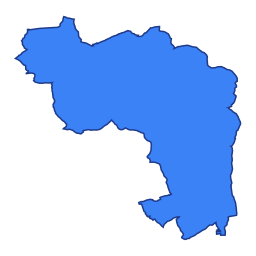 Varbilau, Prahova, Romania
{"feature_id": "2599482B35718345060420", "entity_name": "Varbilau", "entity_type": "district", "adm_level": 2, "iso_a3": "ROU", "parent_name": "Romania", "parent_adm1": "Prahova", "projection": "robinson", "projection_center": [25.962, 45.161], "detail": "fine", "context": "isolated", "style": "filled", "palette": "blue", "viewbox_px": 256, "rotation_deg": 0, "n_neighbors": 0, "source": "geoboundaries", "source_scale": "gbopen_adm2", "svg_char_len": 5772}
<svg xmlns="http://www.w3.org/2000/svg" viewBox="0 0 256 256"><path d="M236.5,215.3L236.8,213.2L236.6,212.4L236.3,208.6L235.5,202.7L233.9,198.4L233.7,197.1L232.8,196.0L232.2,194.9L231.1,187.1L230.8,186.2L231.2,186.0L230.9,185.3L231.8,183.2L231.8,182.9L230.7,178.3L230.5,175.3L231.5,173.1L232.5,169.0L231.6,163.1L232.3,160.1L232.1,160.0L232.2,158.9L231.7,155.2L232.1,154.0L232.5,150.9L232.1,147.8L231.5,146.6L230.9,146.3L232.0,145.8L234.0,142.8L235.4,138.4L234.7,137.9L236.0,135.1L236.5,131.4L237.0,130.5L237.8,130.3L240.6,123.7L240.2,121.7L238.7,118.6L238.2,116.9L236.1,113.6L235.5,113.5L234.8,112.8L233.1,111.9L231.2,109.9L230.3,109.7L228.8,108.4L229.3,107.6L228.6,107.5L231.5,106.4L231.5,104.8L232.3,104.4L232.6,103.6L233.3,103.4L234.3,102.0L234.8,100.7L235.3,98.7L236.0,97.1L236.0,96.7L235.7,96.3L236.0,96.0L235.9,95.7L235.3,95.5L235.0,94.9L234.3,94.4L233.5,93.4L234.3,92.2L234.9,90.3L234.8,88.5L235.3,87.7L236.3,87.1L236.5,86.6L236.5,86.0L236.0,84.5L235.3,83.8L235.3,82.7L236.5,81.5L237.2,81.4L237.2,78.4L236.7,77.1L235.9,75.8L232.1,71.3L229.8,70.0L227.4,69.6L224.5,68.1L224.3,67.8L222.7,67.3L221.7,66.7L220.6,66.6L217.4,66.9L215.5,67.6L212.2,68.0L210.8,67.6L208.4,66.0L207.5,65.2L207.6,64.0L207.3,63.0L207.4,61.6L207.0,59.2L207.3,58.0L207.3,57.2L207.2,56.4L206.5,54.9L204.3,52.7L201.6,51.8L201.2,51.2L199.2,49.8L196.4,47.3L192.6,46.8L188.1,45.4L187.1,45.3L181.3,46.1L179.5,46.6L178.1,46.6L174.2,48.5L174.6,47.6L173.3,45.7L171.4,43.9L171.0,43.0L170.9,41.5L171.4,38.7L170.2,38.0L169.7,36.5L168.3,33.9L164.8,31.9L163.1,31.4L160.9,31.3L159.9,31.1L159.1,29.8L159.5,28.6L159.5,26.5L155.0,26.9L151.7,28.0L150.7,27.8L145.9,32.9L145.1,32.9L144.5,33.2L142.5,35.6L141.8,36.1L139.9,36.5L137.6,36.3L138.2,35.3L135.8,35.0L134.5,34.3L134.1,33.7L133.1,33.6L131.7,33.0L130.7,31.4L127.7,30.6L127.0,31.1L125.6,31.4L124.3,32.3L121.6,32.9L120.3,33.5L118.5,34.0L118.5,34.5L117.1,34.8L116.9,35.2L113.9,36.0L111.2,37.2L110.3,37.8L105.7,39.9L105.6,40.2L100.5,42.1L97.9,43.4L97.0,43.7L96.9,43.0L94.4,44.2L92.8,44.5L93.5,45.7L92.3,45.8L92.1,46.2L86.6,43.3L85.1,42.8L82.5,42.4L80.8,41.7L81.3,39.7L78.7,36.6L78.3,31.9L76.5,30.2L75.3,28.4L75.0,26.4L74.4,25.2L73.7,22.6L73.8,20.4L74.2,19.2L71.7,18.9L69.4,18.2L67.4,18.1L66.6,17.5L63.8,16.6L63.1,18.5L62.9,20.6L62.7,21.3L61.5,22.3L60.3,23.8L60.1,24.2L60.0,25.9L59.9,26.2L57.8,27.3L39.8,28.4L28.9,29.9L28.8,29.3L27.5,29.5L27.6,30.6L27.4,32.6L27.1,32.9L26.6,33.9L25.3,34.7L24.8,35.7L24.6,37.2L24.0,38.0L23.0,38.4L22.6,39.5L21.6,40.8L22.5,42.1L22.3,43.3L22.7,45.0L24.0,46.7L24.4,48.0L27.0,49.5L24.4,51.5L24.1,51.5L22.0,52.9L21.6,53.3L21.4,54.0L19.6,55.3L18.8,55.4L18.7,55.9L15.4,58.5L17.4,59.3L19.6,60.7L20.2,61.1L23.6,64.9L25.5,65.5L25.9,69.5L26.6,70.3L28.1,70.9L28.5,71.8L26.3,73.3L26.3,73.6L31.1,73.0L33.4,73.4L34.6,74.2L35.0,75.2L34.9,76.0L34.7,76.9L33.9,78.4L34.3,79.8L33.6,80.5L34.0,81.1L35.2,82.1L39.5,83.2L42.3,83.2L45.6,82.8L48.6,83.0L52.2,82.6L51.6,83.3L51.4,84.1L52.3,85.4L51.9,86.3L51.7,87.9L52.2,89.0L52.0,90.5L52.6,92.7L53.1,97.5L54.5,100.0L54.4,100.4L54.7,100.9L54.4,101.7L54.5,102.5L53.7,103.2L53.1,104.7L53.3,106.1L53.2,106.9L54.4,108.7L54.3,109.4L54.7,110.8L55.6,112.6L55.6,113.3L58.5,116.8L60.1,118.0L62.0,120.1L63.3,121.1L64.3,121.5L65.7,123.4L66.6,124.0L66.4,124.5L66.6,125.1L66.3,126.4L64.9,127.6L63.8,128.2L63.3,128.8L65.6,129.2L67.1,129.7L69.2,129.3L70.3,129.5L72.9,130.4L74.3,131.6L76.6,133.1L78.8,133.3L80.2,133.8L80.8,133.8L81.5,133.6L82.4,132.6L83.4,131.9L83.1,130.8L84.1,130.4L88.1,129.7L89.7,129.8L91.1,130.2L93.3,129.9L97.0,130.0L99.5,129.4L101.3,128.5L104.5,125.8L107.1,124.4L108.0,123.4L109.0,122.7L111.6,120.0L112.0,120.8L113.8,122.4L114.7,123.8L116.8,125.3L117.7,127.3L118.5,128.6L120.3,129.6L121.6,129.7L122.6,129.5L123.8,129.0L125.4,127.9L128.8,129.6L129.9,129.9L133.3,129.9L137.5,130.7L138.3,131.5L139.6,131.6L140.7,132.4L143.5,133.3L144.1,134.3L144.4,137.1L145.2,138.4L147.3,140.5L149.3,141.2L150.9,142.3L151.1,143.2L151.4,146.2L151.1,147.2L151.1,150.1L149.8,153.6L147.4,156.3L147.2,156.7L147.4,157.5L147.7,157.8L149.0,158.4L149.6,159.0L150.3,160.8L150.0,162.2L153.7,162.2L155.7,162.5L159.5,164.0L160.6,166.4L161.2,169.8L163.3,173.4L163.5,174.2L163.9,174.9L163.9,175.8L165.9,177.7L167.0,179.3L167.0,180.5L166.3,181.8L166.2,182.4L167.5,185.0L168.0,187.1L168.9,189.8L169.4,190.8L169.8,192.5L171.4,194.1L170.6,194.7L169.3,195.1L169.0,194.8L168.4,195.3L166.4,195.7L165.2,195.8L161.1,197.0L159.9,197.6L160.2,198.1L160.5,199.4L158.4,200.2L156.7,201.3L154.0,201.0L152.9,200.1L152.5,200.1L152.5,199.7L152.1,199.8L150.6,199.3L146.5,200.1L143.7,201.4L140.8,201.7L138.8,202.5L139.1,203.9L139.2,204.1L141.6,204.1L144.0,211.3L145.5,212.5L145.6,212.9L145.3,213.7L146.5,215.0L147.0,216.1L147.6,216.1L148.0,216.8L149.9,216.1L149.9,216.6L149.2,217.0L149.9,218.3L150.2,218.6L151.1,218.5L152.4,219.5L153.0,220.2L153.6,219.5L154.8,219.1L155.7,220.5L157.3,222.4L159.5,223.5L161.8,226.1L163.2,227.2L163.3,226.5L164.1,224.5L167.0,221.7L168.1,221.0L168.9,221.0L170.7,220.2L172.3,219.1L173.1,218.2L176.9,217.0L179.2,216.9L178.7,217.6L176.6,219.1L176.3,219.7L176.9,222.7L177.8,225.5L180.1,228.5L180.6,230.6L182.0,232.0L183.4,233.9L183.1,235.3L181.8,237.0L181.7,237.7L183.8,239.0L185.3,239.4L186.3,239.2L187.3,238.6L189.2,238.4L190.7,237.2L194.6,235.5L197.3,233.4L198.4,233.0L202.5,230.3L205.5,228.9L207.8,226.5L209.4,225.2L210.1,225.0L212.3,225.1L213.4,224.4L214.2,223.3L215.9,222.5L215.7,223.6L215.9,224.0L216.3,224.0L216.6,225.0L216.5,225.8L217.5,226.9L218.1,228.2L219.2,229.3L219.3,229.7L217.8,229.7L217.2,230.0L218.3,230.8L220.4,230.9L220.5,231.4L219.9,231.6L216.5,231.3L216.6,234.2L220.6,233.5L220.4,234.1L220.6,235.2L225.1,235.2L225.3,232.6L225.3,231.1L224.6,229.1L224.6,227.1L225.0,226.5L226.1,225.7L227.0,224.6L227.1,222.6L228.5,219.8L228.1,217.1L229.7,216.5L236.5,215.3Z" fill="#3b82f6" stroke="#1e3a8a" stroke-width="1.5"/></svg>